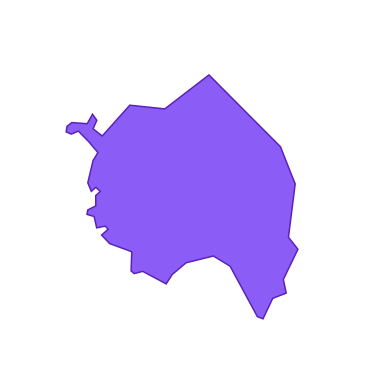 the district of Wulu, Lakes, South Sudan, rotated 221°
{"feature_id": "79223893B61000747889625", "entity_name": "Wulu", "entity_type": "district", "adm_level": 2, "iso_a3": "SSD", "parent_name": "South Sudan", "parent_adm1": "Lakes", "projection": "albers", "projection_center": [29.335, 6.219], "detail": "fine", "context": "isolated", "style": "filled", "palette": "violet", "viewbox_px": 384, "rotation_deg": 221, "n_neighbors": 0, "source": "geoboundaries", "source_scale": "gbopen_adm2", "svg_char_len": 795}
<svg xmlns="http://www.w3.org/2000/svg" viewBox="0 0 384 384"><g transform="rotate(221 192 192)"><path d="M326.4,154.8L321.1,156.5L317.7,163.4L302.9,162.2L288.9,160.0L287.3,150.8L276.7,130.6L268.4,126.4L267.6,132.5L261.6,132.2L262.3,126.1L255.5,118.4L258.9,110.1L256.6,106.2L249.8,109.3L240.4,102.4L235.1,109.3L230.9,108.9L232.0,100.2L220.3,99.0L198.3,107.4L186.2,92.5L182.1,92.5L177.1,99.8L151.2,105.7L152.8,116.9L150.0,134.8L133.9,157.7L114.6,161.0L60.8,140.8L55.2,142.9L61.3,164.7L54.6,177.5L60.1,181.7L65.7,185.9L74.5,218.3L89.5,221.1L119.4,265.8L133.4,273.0L154.9,284.2L213.4,288.4L256.0,291.5L257.3,285.1L267.1,236.8L295.9,216.7L296.5,175.4L308.1,174.8L310.9,183.7L318.1,185.4L315.9,174.8L328.3,165.5L329.4,159.5L326.4,154.8Z" fill="#8b5cf6" stroke="#5b21b6" stroke-width="1.5"/></g></svg>